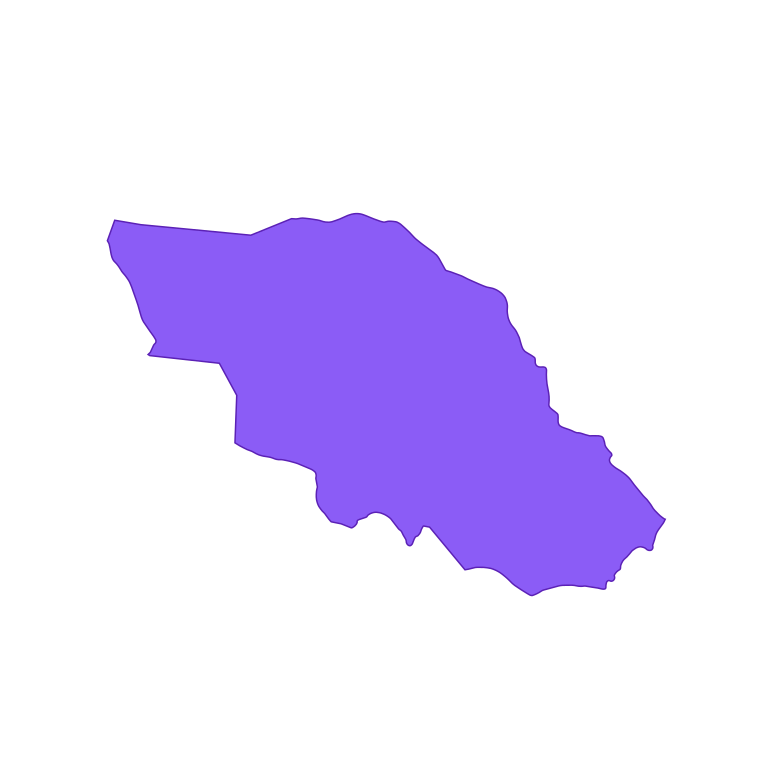 outline of San Pedro de Tutule, La Paz, Honduras, rotated 126°
{"feature_id": "27666195B44797155238261", "entity_name": "San Pedro de Tutule", "entity_type": "district", "adm_level": 2, "iso_a3": "HND", "parent_name": "Honduras", "parent_adm1": "La Paz", "projection": "equal_earth", "projection_center": [-87.851, 14.246], "detail": "fine", "context": "isolated", "style": "filled", "palette": "violet", "viewbox_px": 768, "rotation_deg": 126, "n_neighbors": 0, "source": "geoboundaries", "source_scale": "gbopen_adm2", "svg_char_len": 6090}
<svg xmlns="http://www.w3.org/2000/svg" viewBox="0 0 768 768"><g transform="rotate(126 384 384)"><path d="M519.2,470.0L518.8,464.6L518.2,460.4L517.5,456.3L516.1,451.2L515.9,449.6L515.5,446.4L514.9,443.6L514.1,441.3L513.3,439.3L511.3,435.4L510.2,433.1L509.5,431.1L508.8,428.5L508.2,426.8L507.2,424.9L505.6,422.7L504.7,421.1L503.0,417.4L502.0,415.1L499.8,409.2L499.1,407.0L495.9,393.4L495.6,391.3L495.6,389.3L495.7,388.2L496.1,387.1L496.7,386.3L497.5,385.4L498.3,384.8L500.0,383.9L500.7,383.4L506.3,377.5L507.0,377.1L508.5,376.5L510.4,375.6L513.1,373.9L515.3,372.3L517.5,370.3L518.6,369.0L519.6,367.7L520.5,366.3L521.2,365.0L521.8,363.5L522.3,362.0L523.0,359.6L523.6,355.9L525.7,349.4L526.3,346.9L526.5,345.7L526.2,345.0L522.3,336.5L519.7,326.2L519.3,325.5L518.4,325.0L517.0,324.5L516.0,324.2L514.2,324.0L513.3,324.0L512.4,324.2L511.7,324.4L510.8,325.1L510.4,325.2L509.9,325.2L509.3,325.0L508.2,324.4L502.5,320.3L501.6,319.9L500.2,319.9L499.1,319.8L497.4,319.1L496.1,318.4L495.0,317.6L494.0,316.8L493.1,315.9L492.2,314.7L491.5,313.4L490.8,312.1L490.2,310.6L489.5,308.0L489.2,306.5L489.0,304.9L488.9,303.0L488.9,301.0L489.1,299.2L492.6,287.3L492.8,286.2L492.8,284.4L493.0,283.4L493.4,282.5L495.0,279.5L496.9,275.1L497.7,274.0L499.2,272.6L499.6,271.9L499.9,271.3L500.1,270.5L500.2,269.6L500.0,268.8L499.7,268.1L499.3,267.7L498.8,267.4L498.0,267.2L496.8,267.1L491.8,268.4L490.4,268.6L489.4,268.7L488.7,268.5L487.6,267.8L486.8,267.4L485.4,267.3L484.1,267.2L482.4,267.4L480.2,268.1L479.0,268.4L477.4,268.6L476.0,268.7L475.7,268.5L475.5,268.3L473.0,263.0L486.7,209.3L484.0,206.7L478.9,202.4L477.9,201.3L476.7,199.7L473.8,195.6L471.9,192.3L470.4,189.2L469.9,187.7L469.4,185.9L468.9,183.6L468.6,181.5L468.4,179.4L468.4,176.5L468.6,172.8L468.8,170.4L469.2,167.4L469.9,163.1L470.0,161.8L470.1,159.8L469.8,152.0L469.3,144.9L469.0,142.0L468.8,141.3L468.5,140.6L468.2,140.0L467.8,139.6L466.2,138.5L464.0,137.2L461.6,136.0L458.3,134.7L457.0,133.9L444.7,124.0L443.4,122.8L442.1,121.4L439.1,117.5L436.4,113.8L435.1,111.7L433.3,107.9L432.1,106.0L431.3,104.9L429.8,103.3L429.1,102.3L426.4,96.9L423.3,90.9L422.1,88.0L421.6,86.9L420.7,85.5L419.9,84.8L419.3,84.6L418.6,84.7L417.9,85.1L416.8,85.9L415.9,86.4L413.9,87.3L413.0,87.5L411.8,87.3L411.3,87.0L411.0,86.8L410.6,86.1L410.2,84.6L409.8,84.0L409.5,83.7L408.5,83.1L407.3,82.9L406.3,83.0L405.3,83.4L404.7,83.9L403.7,85.0L403.3,85.3L402.8,85.4L401.3,85.5L399.3,85.4L397.4,84.9L395.7,84.2L394.9,84.1L394.0,84.4L392.5,85.4L391.2,86.0L389.0,86.5L386.7,86.8L384.8,86.7L381.1,85.9L376.9,85.5L373.6,85.3L372.8,85.2L370.1,84.3L368.3,83.6L366.6,82.5L365.4,81.4L364.8,80.6L364.4,79.8L363.8,78.4L363.4,77.0L363.3,75.8L363.4,74.4L363.4,73.6L363.2,72.7L362.9,71.9L362.3,71.0L361.7,70.4L361.0,70.0L360.1,69.9L359.3,69.9L358.5,70.2L357.6,70.8L356.6,71.8L356.1,72.0L351.0,73.6L346.5,75.4L344.9,75.8L343.3,76.1L340.8,76.3L332.5,76.3L330.7,76.5L328.1,77.0L328.3,77.6L328.4,78.3L328.4,80.7L328.3,83.3L327.9,86.1L327.2,90.3L326.5,93.0L324.8,97.2L323.4,101.7L322.9,103.5L322.4,106.7L322.0,108.8L318.5,122.2L316.6,128.2L316.1,130.0L315.7,132.3L315.4,135.1L315.3,138.8L315.3,141.6L315.7,146.7L315.7,149.2L315.5,151.9L315.1,153.7L314.7,154.8L314.1,155.8L313.5,156.5L312.9,157.0L312.0,157.4L310.3,157.8L309.4,157.8L308.5,157.7L308.0,157.7L307.5,158.0L307.0,158.5L306.6,159.1L306.4,159.6L305.9,162.6L305.3,165.0L304.8,166.6L304.3,168.0L303.4,169.4L301.3,171.6L299.4,174.2L298.8,175.2L298.6,176.0L298.6,177.0L298.8,177.7L299.7,179.8L303.2,184.8L304.5,186.4L305.1,187.3L306.6,191.2L307.8,194.9L308.4,196.5L309.0,197.7L309.9,199.0L310.3,199.9L310.8,201.6L311.4,204.8L312.0,207.2L313.6,212.4L314.1,214.3L314.3,215.6L314.4,216.8L314.3,217.6L314.2,218.3L313.5,219.5L312.5,220.7L311.4,221.6L308.5,223.6L306.7,225.1L306.4,225.6L306.1,226.5L306.0,227.9L305.9,229.5L305.8,233.1L305.6,235.4L305.3,236.3L305.0,237.1L304.7,237.6L304.0,238.4L302.7,239.2L300.0,240.9L297.1,243.1L294.3,245.7L288.1,252.2L284.6,255.3L280.9,258.2L277.2,260.7L276.6,261.4L276.2,262.0L276.0,262.5L275.9,263.0L275.9,263.5L276.1,264.1L276.6,265.2L278.2,267.2L279.0,268.5L279.3,269.2L279.4,269.9L279.5,270.9L279.4,271.6L279.2,272.3L278.9,272.8L278.3,273.7L277.7,274.3L276.2,275.4L275.1,276.3L274.5,277.0L274.2,277.6L274.1,278.6L274.2,281.5L274.7,286.9L274.8,288.9L274.7,289.7L274.5,290.5L274.0,292.2L273.4,293.3L272.3,295.0L270.1,297.9L267.0,301.8L265.5,304.5L264.0,307.3L263.1,309.4L262.5,311.3L261.6,314.7L260.9,316.6L260.1,318.4L258.9,320.4L257.8,322.0L256.7,323.3L254.2,325.8L252.3,327.4L249.5,329.2L248.2,330.1L246.9,331.3L245.7,332.6L244.2,334.7L242.9,336.8L242.2,338.8L241.7,341.0L241.5,342.9L241.5,345.5L241.7,347.9L242.1,350.0L242.6,351.9L243.2,353.4L245.2,357.8L246.1,360.9L247.3,365.9L249.1,374.3L249.9,378.2L250.7,383.4L251.1,385.3L254.0,395.6L255.5,399.9L255.7,401.0L255.6,401.4L254.9,403.0L251.7,409.8L250.2,413.0L249.4,415.1L248.8,417.3L248.7,418.8L248.5,420.8L248.4,433.7L248.3,437.6L248.0,443.0L247.7,445.6L246.4,452.2L245.6,458.2L245.3,461.0L245.0,464.2L245.0,465.8L245.2,467.4L245.4,468.7L245.8,469.8L247.1,472.2L248.2,474.0L249.2,475.4L250.0,476.4L252.6,478.6L253.1,479.2L253.5,480.0L254.5,482.6L256.4,489.1L257.2,492.3L258.4,497.3L259.1,499.8L259.7,501.7L260.4,503.3L261.4,505.1L262.5,506.7L263.9,508.3L265.7,510.0L267.7,511.5L269.3,512.6L276.6,516.8L280.3,519.3L283.5,521.6L285.3,523.4L286.4,525.0L287.4,526.6L288.4,528.8L289.6,532.4L290.5,534.4L292.9,539.1L294.4,541.9L296.1,544.9L297.5,547.2L298.3,548.2L299.1,549.1L301.0,550.9L302.2,552.2L304.6,556.0L341.9,579.2L398.0,674.3L409.8,698.1L430.7,692.0L431.6,689.9L432.2,688.8L435.2,685.4L438.1,682.4L439.6,680.8L441.3,678.7L442.4,676.9L442.9,675.8L443.3,674.6L443.9,671.1L444.5,668.9L445.3,666.6L447.1,662.2L447.6,660.4L448.3,657.4L448.8,655.7L449.9,652.5L450.9,650.1L452.1,648.0L453.9,645.1L461.4,634.2L464.8,629.4L469.3,623.7L472.4,619.7L474.0,617.2L474.5,616.2L475.1,615.0L478.9,604.3L480.8,598.5L481.9,595.8L482.4,594.7L483.0,594.0L483.5,593.6L484.1,593.2L484.8,593.0L485.6,593.0L487.1,593.2L488.0,593.2L495.5,591.7L496.0,591.7L498.8,592.2L498.7,590.2L464.0,529.4L479.7,496.5L519.2,470.0Z" fill="#8b5cf6" stroke="#5b21b6" stroke-width="1.5"/></g></svg>